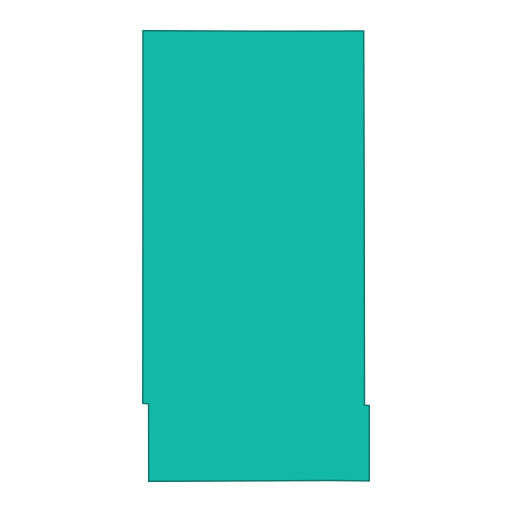 Perry, Mississippi, United States of America
{"feature_id": "52423323B55832283983627", "entity_name": "Perry", "entity_type": "district", "adm_level": 2, "iso_a3": "USA", "parent_name": "United States of America", "parent_adm1": "Mississippi", "projection": "robinson", "projection_center": [-88.978, 31.172], "detail": "fine", "context": "isolated", "style": "filled", "palette": "teal", "viewbox_px": 512, "rotation_deg": 0, "n_neighbors": 0, "source": "geoboundaries", "source_scale": "gbopen_adm2", "svg_char_len": 295}
<svg xmlns="http://www.w3.org/2000/svg" viewBox="0 0 512 512"><path d="M289.9,31.2L239.2,31.1L143.0,30.7L143.0,107.3L142.8,403.4L148.6,403.7L148.7,481.3L332.4,480.5L369.2,480.9L369.2,405.5L364.5,405.2L364.1,173.6L363.7,31.0L289.9,31.2Z" fill="#14b8a6" stroke="#0f766e" stroke-width="1.5"/></svg>